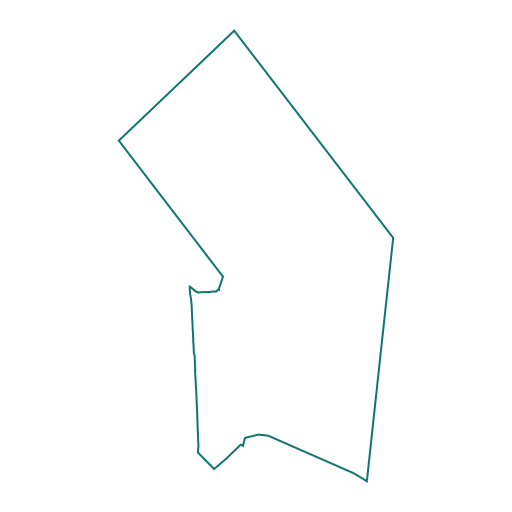 Enkhuizen, Noord-Holland, Netherlands
{"feature_id": "6326949B87698355372902", "entity_name": "Enkhuizen", "entity_type": "district", "adm_level": 2, "iso_a3": "NLD", "parent_name": "Netherlands", "parent_adm1": "Noord-Holland", "projection": "orthographic", "projection_center": [5.262, 52.758], "detail": "fine", "context": "isolated", "style": "outline", "palette": "teal", "viewbox_px": 512, "rotation_deg": 0, "n_neighbors": 0, "source": "geoboundaries", "source_scale": "gbopen_adm2", "svg_char_len": 4913}
<svg xmlns="http://www.w3.org/2000/svg" viewBox="0 0 512 512"><path d="M393.2,237.8L391.5,235.7L327.9,152.8L314.7,135.6L234.2,30.7L225.3,39.2L132.7,127.4L123.8,135.9L118.8,140.6L223.0,276.7L219.8,286.1L219.0,288.3L219.1,289.0L219.1,289.8L218.9,289.7L218.7,289.6L218.4,289.6L218.2,289.7L218.1,289.8L217.9,289.9L217.8,290.0L217.6,290.1L217.3,290.4L217.1,290.5L216.8,290.8L216.6,291.0L216.4,291.2L216.2,291.3L216.1,291.5L215.9,291.5L215.6,291.6L215.4,291.6L215.2,291.6L214.8,291.6L214.6,291.6L214.3,291.6L214.1,291.6L213.9,291.5L213.7,291.5L213.3,291.5L213.1,291.5L212.9,291.5L212.6,291.5L212.4,291.5L212.2,291.5L211.8,291.6L211.5,291.7L211.2,291.7L210.7,291.8L210.4,291.9L209.8,292.0L209.6,292.0L209.2,292.0L208.7,292.1L208.4,292.1L208.0,292.1L207.3,292.1L206.9,292.1L206.5,292.1L206.3,292.1L206.0,292.1L205.5,292.1L205.0,292.1L204.7,292.1L204.2,292.1L203.9,292.1L203.4,292.1L203.0,292.1L202.5,292.2L202.2,292.2L201.7,292.2L201.4,292.2L200.9,292.3L200.5,292.3L200.1,292.3L199.5,292.3L199.2,292.3L198.8,292.4L198.5,292.5L198.3,292.5L198.2,292.4L197.8,292.3L197.6,292.3L197.4,292.2L197.2,292.1L196.9,292.0L196.6,291.9L196.3,291.7L196.1,291.6L195.9,291.4L195.6,291.3L195.6,291.2L195.4,291.1L195.1,290.9L194.8,290.6L194.6,290.5L194.3,290.2L194.0,290.0L193.5,289.6L193.3,289.4L193.1,289.2L192.9,289.0L192.7,288.9L192.5,288.7L192.4,288.6L192.2,288.5L191.9,288.2L191.7,288.1L191.4,287.9L191.2,287.7L190.8,287.4L190.7,287.3L190.5,287.1L190.3,287.0L190.2,286.8L190.1,286.7L189.8,286.6L189.7,288.4L189.7,288.5L189.8,289.2L189.8,289.9L189.9,290.1L189.9,290.7L189.9,292.2L190.0,292.6L190.0,293.1L190.0,293.5L190.2,294.3L190.2,294.6L190.4,295.3L190.4,295.8L190.5,296.4L190.7,297.2L190.8,297.8L190.9,298.6L191.0,299.0L191.0,299.3L191.1,299.7L191.2,300.4L191.2,301.1L191.3,302.0L191.4,302.7L191.5,303.4L191.6,304.1L191.6,305.2L191.7,305.8L191.7,306.4L191.7,307.1L191.7,307.8L191.8,308.3L191.8,309.2L191.8,309.9L191.9,311.0L191.9,311.8L191.9,312.4L192.0,313.1L192.0,313.3L192.0,313.6L192.0,314.5L192.1,315.4L192.1,316.6L192.2,317.6L192.2,318.4L192.3,319.1L192.3,320.0L192.4,321.4L192.4,322.1L192.4,322.8L192.5,323.7L192.5,324.6L192.6,325.7L192.6,326.5L192.7,327.9L192.7,328.3L192.7,328.7L192.7,329.4L192.8,329.9L192.8,330.6L192.8,331.3L192.9,332.0L192.9,332.5L193.0,333.0L193.0,333.4L193.0,334.1L193.0,334.7L193.1,335.3L193.1,335.6L193.1,336.0L193.1,336.3L193.2,338.7L193.3,339.2L193.2,340.8L193.3,342.8L193.5,343.6L193.6,344.5L193.5,345.4L193.6,347.4L193.7,348.6L193.7,350.1L193.7,350.6L193.9,353.4L193.9,353.7L194.0,353.9L194.4,354.6L194.5,355.0L194.7,356.9L194.7,358.7L194.8,360.2L194.8,360.3L194.8,360.5L194.8,360.9L194.9,361.2L194.9,361.4L194.9,361.7L194.9,361.9L194.9,362.1L194.9,362.3L194.9,362.5L194.9,362.9L194.9,363.1L194.9,363.3L194.9,363.5L194.9,363.8L194.9,364.1L194.9,364.5L194.9,364.9L194.9,365.0L195.0,365.3L195.0,365.6L195.1,365.8L195.1,366.1L195.2,366.4L195.2,366.5L195.3,366.7L195.3,366.8L195.2,367.0L195.1,367.3L195.1,367.5L195.0,367.8L195.0,368.0L195.1,368.4L195.1,368.5L195.2,368.8L195.2,369.1L195.3,369.3L195.3,369.5L195.3,369.8L195.3,370.0L195.2,370.0L195.2,370.4L195.1,370.6L195.1,370.8L195.1,371.1L195.1,371.3L195.1,371.5L195.1,371.9L195.1,372.1L195.2,372.4L195.2,372.7L195.2,372.9L195.2,373.2L195.2,373.4L195.2,373.7L195.2,373.9L195.2,374.2L195.2,374.4L195.3,374.7L195.3,374.9L195.3,375.1L195.3,375.8L195.3,376.2L195.4,376.8L195.4,377.4L195.4,377.6L195.5,377.9L195.5,378.3L195.5,378.7L195.5,378.9L195.6,379.3L195.6,379.6L195.6,379.8L195.6,380.1L195.6,380.3L195.6,380.5L195.6,380.9L195.6,381.0L195.6,381.3L195.6,381.5L195.6,381.8L195.7,382.0L195.7,382.3L195.7,382.5L195.8,382.7L195.8,383.0L195.8,383.5L195.8,384.0L195.8,384.4L195.8,384.7L195.8,384.9L195.8,385.1L195.8,385.4L195.8,385.6L195.9,385.9L195.9,386.1L195.9,386.4L195.9,386.7L195.9,387.0L196.0,387.5L196.0,388.0L196.0,388.5L196.1,389.0L196.1,389.5L196.1,389.8L196.2,390.0L196.2,390.5L196.2,390.9L196.2,391.1L196.2,391.3L196.2,391.5L196.3,391.6L196.3,391.8L196.3,392.7L196.7,402.1L196.7,403.1L197.2,413.2L197.2,413.5L197.2,413.8L197.2,414.1L197.2,414.4L197.2,414.7L197.2,415.0L197.2,415.5L197.2,415.8L197.2,416.0L197.2,416.3L197.2,416.6L197.3,416.8L197.3,417.1L197.3,417.4L197.3,417.8L197.3,418.0L197.4,418.4L197.4,418.6L197.4,418.8L197.4,419.0L197.4,419.4L197.4,420.3L197.4,420.5L197.4,420.8L197.4,421.1L197.4,421.3L197.4,421.5L197.5,421.8L197.5,422.2L197.5,422.5L197.5,422.9L197.5,423.2L197.5,423.4L197.5,423.7L197.5,424.0L197.5,424.3L197.5,424.7L197.5,424.8L197.6,426.1L197.6,426.6L197.6,427.5L197.7,429.9L197.9,433.2L197.9,433.4L198.2,441.2L198.2,441.6L198.5,446.7L198.3,447.2L198.2,448.2L198.2,448.4L198.1,449.6L198.1,449.9L198.1,450.0L198.0,450.3L197.9,452.5L214.1,469.0L226.2,458.7L240.7,444.7L243.1,445.8L243.1,445.6L243.1,445.4L243.4,444.1L243.7,443.1L244.3,440.5L244.7,438.9L245.0,437.9L258.5,434.6L268.2,435.7L353.8,473.3L362.7,478.6L366.8,481.3L367.2,478.2L380.3,356.5L393.2,237.8Z" fill="none" stroke="#0f766e" stroke-width="2"/></svg>